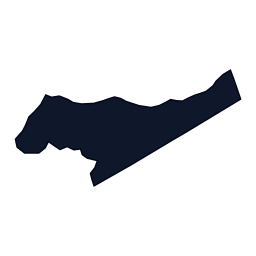 Matinhas, Paraíba, Brazil (Albers equal-area conic projection)
{"feature_id": "56859067B3328011598679", "entity_name": "Matinhas", "entity_type": "district", "adm_level": 2, "iso_a3": "BRA", "parent_name": "Brazil", "parent_adm1": "Paraíba", "projection": "albers", "projection_center": [-35.775, -7.119], "detail": "fine", "context": "isolated", "style": "filled", "palette": "ink", "viewbox_px": 256, "rotation_deg": 0, "n_neighbors": 0, "source": "geoboundaries", "source_scale": "gbopen_adm2", "svg_char_len": 790}
<svg xmlns="http://www.w3.org/2000/svg" viewBox="0 0 256 256"><path d="M230.4,70.2L223.2,74.5L216.3,81.0L213.0,85.9L206.2,91.4L200.8,93.3L194.9,95.2L188.3,98.1L182.7,101.1L176.7,100.8L170.7,99.6L165.4,102.6L159.1,105.7L151.0,107.5L139.0,105.7L131.0,103.1L125.9,101.4L120.6,98.5L114.5,97.0L108.7,98.8L102.8,100.9L93.8,103.4L81.6,104.0L73.1,102.6L67.7,99.4L59.3,96.1L51.5,97.3L45.8,95.0L40.8,104.5L35.1,111.0L29.0,116.9L25.5,125.5L22.6,131.1L15.4,139.2L17.2,147.2L24.6,153.0L32.1,153.0L38.8,153.0L45.2,147.8L48.4,141.5L53.9,145.4L60.0,149.5L67.1,146.5L74.0,149.8L80.5,148.9L82.4,154.7L87.4,158.2L97.5,160.6L94.9,167.8L90.5,173.4L92.1,179.8L94.1,185.8L131.9,164.3L175.2,138.4L182.2,134.4L228.7,106.3L240.6,99.1L233.7,79.0L230.4,70.2Z" fill="#0f172a" stroke="#020617" stroke-width="1.5"/></svg>